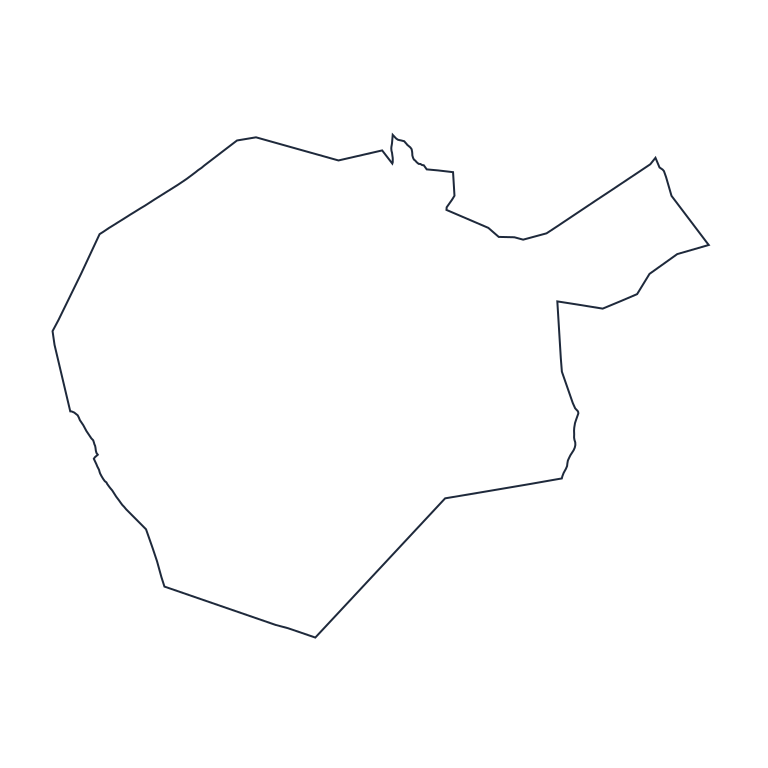 San Juan Bautista Coixtlahuaca, Oaxaca, Mexico (Albers equal-area conic projection), rotated 178°
{"feature_id": "50627088B60498499367659", "entity_name": "San Juan Bautista Coixtlahuaca", "entity_type": "district", "adm_level": 2, "iso_a3": "MEX", "parent_name": "Mexico", "parent_adm1": "Oaxaca", "projection": "albers", "projection_center": [-97.271, 17.729], "detail": "fine", "context": "isolated", "style": "outline", "palette": "slate", "viewbox_px": 768, "rotation_deg": 178, "n_neighbors": 0, "source": "geoboundaries", "source_scale": "gbopen_adm2", "svg_char_len": 2343}
<svg xmlns="http://www.w3.org/2000/svg" viewBox="0 0 768 768"><g transform="rotate(178 384 384)"><path d="M663.0,543.7L683.0,504.5L707.1,459.3L713.4,448.4L711.9,434.6L701.2,381.1L698.5,367.6L697.2,367.5L694.6,366.3L691.2,363.4L690.1,361.0L689.2,358.5L686.0,353.4L683.1,347.5L678.4,339.9L676.6,337.9L675.9,335.5L675.5,333.8L674.9,332.4L674.6,330.6L674.3,327.4L673.8,325.2L672.5,323.3L675.5,320.9L676.6,319.4L675.1,315.9L674.2,313.8L673.4,311.6L671.8,308.2L671.3,306.0L670.8,304.4L669.5,301.7L668.0,299.0L666.4,296.6L664.8,295.3L664.2,293.9L662.6,291.5L661.5,289.9L659.3,287.1L657.6,284.2L655.6,280.8L652.8,276.8L651.5,274.8L649.8,272.3L648.0,270.3L646.0,267.7L626.9,247.1L621.0,228.2L619.9,224.5L617.0,214.7L613.2,198.8L610.5,189.2L500.7,147.0L488.5,143.3L461.5,133.0L363.2,231.3L326.9,267.6L292.0,272.2L241.2,279.0L214.8,282.7L209.6,283.4L209.0,285.5L207.6,288.8L205.1,293.0L203.9,295.6L203.5,298.3L202.9,301.1L201.6,303.7L200.2,306.3L198.6,308.6L196.8,311.2L195.6,313.7L194.9,316.3L194.9,318.9L195.6,321.5L195.9,323.8L195.7,327.1L195.7,328.9L195.7,330.7L195.4,333.7L194.8,336.6L194.5,338.2L193.1,342.0L190.8,347.8L190.9,349.1L191.2,350.0L193.8,353.0L196.0,358.4L205.8,390.1L206.4,403.7L207.9,460.5L188.6,456.8L162.8,451.7L143.9,458.8L127.9,465.0L114.8,484.8L86.4,503.6L54.6,511.6L56.7,514.5L90.1,562.0L94.9,581.0L96.8,587.0L98.1,588.6L101.1,590.8L104.8,600.6L109.0,595.7L110.2,594.3L122.3,586.8L132.7,580.4L153.9,567.3L166.2,559.8L177.8,552.6L198.5,539.8L205.1,535.7L216.3,528.9L239.9,523.4L248.6,526.1L264.2,527.0L274.3,536.4L315.5,555.8L315.2,558.4L309.5,565.9L307.0,569.7L307.6,593.3L322.7,595.6L333.8,597.0L336.6,601.2L338.3,601.5L339.9,602.6L341.7,602.8L343.6,604.5L344.9,606.1L346.3,607.3L347.1,609.1L347.7,611.5L347.7,613.6L347.8,615.2L348.2,617.7L349.4,619.5L352.5,622.3L353.1,623.2L354.3,624.6L355.3,625.9L358.7,626.9L359.7,627.1L361.5,627.6L363.3,628.9L366.6,632.7L367.6,624.3L367.9,622.7L368.3,620.9L368.5,619.3L368.4,616.9L367.9,614.7L367.7,612.4L367.4,609.7L367.4,607.9L367.5,606.6L367.5,605.4L368.0,604.0L377.7,617.5L421.7,609.0L485.1,629.2L503.3,635.0L522.4,632.5L537.2,622.0L556.0,608.6L558.8,606.4L562.3,604.2L564.8,602.3L573.7,596.1L582.8,590.4L606.6,576.6L616.8,570.5L621.2,568.1L627.8,564.3L631.9,562.0L634.4,560.5L651.7,550.5L653.5,549.5L659.4,545.8L663.0,543.7Z" fill="none" stroke="#1e293b" stroke-width="2"/></g></svg>